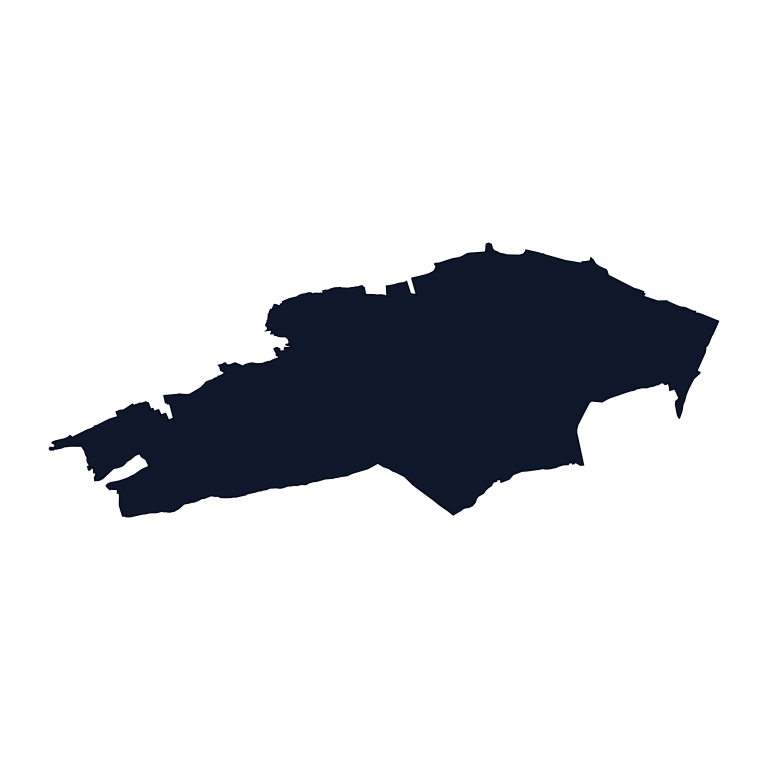 Poienesti, Vaslui, Romania (orthographic projection), rotated 93°
{"feature_id": "2599482B16648644353731", "entity_name": "Poienesti", "entity_type": "district", "adm_level": 2, "iso_a3": "ROU", "parent_name": "Romania", "parent_adm1": "Vaslui", "projection": "orthographic", "projection_center": [27.554, 46.58], "detail": "fine", "context": "isolated", "style": "filled", "palette": "ink", "viewbox_px": 768, "rotation_deg": 93, "n_neighbors": 0, "source": "geoboundaries", "source_scale": "gbopen_adm2", "svg_char_len": 6133}
<svg xmlns="http://www.w3.org/2000/svg" viewBox="0 0 768 768"><g transform="rotate(93 384 384)"><path d="M460.1,712.3L460.9,710.9L460.8,709.4L464.0,709.3L464.5,709.6L465.0,711.8L464.8,714.2L466.3,714.7L467.2,714.1L467.1,710.8L466.2,709.7L465.8,706.8L465.2,706.2L465.4,705.4L464.4,702.0L463.4,700.4L462.3,693.4L461.8,682.8L466.2,679.5L470.3,678.1L472.4,676.6L476.8,676.3L481.1,673.5L481.4,673.4L482.0,675.5L485.1,674.6L485.4,674.3L485.2,673.4L483.3,672.0L483.0,669.7L487.8,669.1L487.3,667.2L487.7,666.9L490.4,667.1L492.6,668.1L495.5,667.7L495.1,663.7L493.1,660.0L483.0,650.4L482.0,648.9L481.6,646.4L479.7,641.6L478.2,639.6L474.8,637.0L472.2,633.1L468.2,628.8L466.8,625.9L466.5,623.6L468.2,623.1L469.8,621.6L471.7,617.8L478.6,614.2L482.1,621.1L487.8,628.5L492.0,636.1L494.9,643.5L497.0,651.8L498.2,654.2L499.9,656.0L501.4,655.1L503.8,652.3L503.2,651.4L503.3,647.1L503.0,644.4L506.8,644.5L506.9,642.7L509.3,642.1L519.0,641.8L528.4,638.5L529.3,638.1L529.6,637.4L529.2,634.9L530.0,634.4L529.7,630.3L526.3,618.1L525.9,615.0L524.8,611.7L524.2,604.2L522.4,598.7L523.0,597.4L522.8,595.7L523.0,592.6L523.0,590.7L522.5,589.8L522.1,587.2L518.9,582.3L514.2,577.5L512.7,571.5L512.1,570.4L511.8,568.0L510.2,564.0L507.7,559.9L507.5,557.6L504.4,550.8L504.9,546.6L504.6,543.9L505.8,541.1L505.6,534.8L505.1,530.2L504.6,528.8L504.6,526.3L501.8,516.3L500.7,514.9L498.4,506.4L497.5,504.6L496.8,500.9L496.2,499.8L495.4,496.0L493.8,492.7L493.1,485.8L493.4,482.4L492.6,479.3L490.7,474.7L490.6,472.3L489.7,468.7L489.8,465.8L488.4,461.1L488.5,457.6L488.1,456.0L486.8,454.4L485.2,450.1L484.5,445.9L481.7,437.9L480.6,429.6L480.0,428.7L479.3,424.8L478.4,422.3L477.9,418.9L477.5,417.8L477.4,416.2L474.7,411.1L469.3,395.8L463.2,386.0L466.5,380.0L467.8,375.0L470.3,370.6L471.5,366.8L475.3,358.4L482.7,350.1L485.2,346.6L497.5,327.9L501.8,322.1L507.4,313.0L511.0,308.1L505.8,300.1L504.3,298.7L503.1,295.8L502.8,293.2L500.7,289.3L497.3,286.8L493.5,285.8L491.0,284.0L487.8,279.0L484.8,277.2L481.8,274.3L480.0,271.7L476.1,269.8L475.2,266.7L474.2,266.8L472.7,262.9L475.9,261.9L472.3,254.0L467.6,250.4L463.8,241.8L463.2,236.9L460.6,223.3L459.9,221.2L460.3,218.1L459.8,214.0L458.1,207.7L456.8,205.3L455.1,200.5L454.7,195.8L453.4,195.7L453.1,194.9L452.5,192.1L453.8,191.4L453.4,189.7L451.5,189.7L454.7,183.7L454.4,180.6L422.2,189.3L419.3,189.3L415.2,188.7L403.7,183.6L391.8,178.1L389.9,175.8L390.3,165.1L387.2,160.4L385.6,157.2L379.2,141.3L377.4,136.2L377.2,134.6L375.1,130.8L375.0,129.2L374.1,126.5L373.8,121.0L372.5,118.1L372.1,115.4L370.4,111.8L370.1,109.9L368.5,107.9L367.8,105.5L369.5,103.6L369.5,103.1L369.4,102.1L367.9,100.2L371.5,98.8L375.3,98.2L373.5,93.3L382.3,88.7L383.4,88.9L386.2,91.6L389.3,91.7L398.6,89.5L402.0,88.0L402.4,87.2L395.5,85.2L388.8,84.5L385.0,83.1L379.3,82.0L372.4,79.6L362.4,75.1L356.4,69.1L355.8,69.3L354.7,72.4L335.5,65.0L332.3,64.6L330.3,64.9L328.8,63.2L326.8,62.2L318.2,59.2L317.4,58.5L303.9,53.3L298.0,70.3L297.0,74.1L297.3,76.3L295.3,76.8L295.3,78.4L294.3,81.6L292.4,86.3L291.9,88.3L291.9,91.1L291.1,94.2L287.2,104.6L286.3,105.7L287.0,114.9L283.3,128.4L283.6,129.5L283.2,129.9L280.4,128.4L279.7,130.2L278.3,129.6L276.4,135.6L275.7,139.0L263.8,165.8L259.6,167.3L258.1,168.3L257.7,170.0L255.6,175.2L253.5,178.7L249.2,181.8L247.3,183.9L250.8,184.7L250.7,186.2L251.4,188.7L251.7,192.4L253.2,193.1L251.4,209.3L246.7,230.2L245.8,231.8L245.9,234.1L245.2,235.7L242.9,249.2L244.1,249.4L247.0,251.4L247.5,252.5L248.5,255.9L248.8,268.1L248.1,271.1L247.5,275.7L246.6,276.8L245.2,281.2L243.2,282.9L238.9,284.3L238.0,286.9L239.0,289.1L246.7,289.3L247.2,290.6L249.1,305.7L249.7,307.8L252.9,312.9L254.1,315.8L255.4,321.8L260.6,335.5L261.0,339.3L261.6,339.6L263.3,338.1L265.4,338.3L268.3,339.7L269.7,341.3L271.6,344.6L273.2,348.9L277.0,361.7L293.1,356.2L292.7,362.3L280.5,366.9L281.3,367.9L281.9,369.8L283.0,375.0L284.4,378.7L285.8,384.4L286.1,386.6L296.0,385.5L296.2,386.6L295.6,388.3L295.2,391.9L295.7,395.6L295.4,399.0L295.7,407.2L288.7,408.9L288.3,409.7L288.7,410.6L287.1,411.1L287.2,411.5L288.8,416.0L288.6,417.6L289.4,418.4L289.5,420.8L290.4,424.8L290.5,430.9L290.0,433.5L290.6,434.7L290.4,435.9L290.8,438.5L292.4,443.1L293.4,444.4L293.5,447.0L294.2,449.7L297.1,449.7L296.7,452.1L297.1,453.3L297.0,455.1L297.3,458.8L297.9,459.8L297.8,461.0L297.0,461.5L297.0,464.0L298.5,468.2L298.7,470.1L300.2,473.7L301.7,475.4L303.9,483.0L307.1,489.5L308.9,489.4L309.8,491.5L310.7,491.4L311.4,492.0L311.5,494.1L310.8,494.9L310.4,497.7L315.4,499.5L315.6,501.1L317.8,502.1L319.2,502.0L320.1,503.0L326.0,503.1L326.9,503.9L328.2,503.8L331.1,505.1L332.2,504.8L332.4,503.8L332.9,503.5L335.0,503.0L336.0,503.2L336.7,504.0L335.9,499.9L337.5,498.7L338.9,498.9L339.3,499.6L339.6,499.5L339.8,499.3L339.3,497.9L339.4,496.6L341.1,495.5L341.0,493.8L341.2,492.9L341.7,492.6L342.0,490.4L341.9,484.9L342.1,484.3L344.2,481.8L347.1,480.7L348.9,481.1L349.6,482.9L349.7,484.4L350.4,482.7L350.5,479.3L351.2,478.9L351.9,479.2L352.8,481.1L352.9,485.0L354.3,485.3L354.4,484.5L354.9,484.1L356.2,485.0L356.8,489.9L354.5,490.0L353.4,492.5L353.5,493.9L354.7,495.6L358.1,493.6L359.3,492.1L360.1,492.3L360.2,493.1L360.7,492.9L361.1,492.7L360.9,491.9L361.2,491.5L363.0,490.3L363.6,490.4L365.3,495.2L367.9,499.7L367.7,500.9L370.1,506.9L370.6,512.7L370.0,516.1L370.4,518.9L372.1,523.8L373.7,525.6L370.8,533.8L373.1,539.0L373.3,541.8L371.4,543.6L371.6,544.6L373.0,546.6L374.0,550.0L375.1,548.8L378.8,547.8L380.4,544.3L381.6,544.1L382.4,544.6L384.3,547.6L385.1,550.0L386.3,550.8L387.3,553.4L388.8,555.2L390.9,560.8L392.2,562.4L393.3,562.9L397.6,566.9L404.1,576.7L404.9,578.3L405.1,583.5L404.8,588.0L405.4,589.8L407.2,603.0L414.1,601.2L413.2,599.7L415.1,599.2L414.8,596.9L429.1,592.3L431.6,597.3L425.0,600.5L426.6,605.2L421.6,607.8L423.4,612.4L420.7,613.5L421.6,615.8L415.3,618.4L414.5,621.3L415.2,622.2L415.4,623.4L416.2,623.3L416.0,626.3L416.3,627.4L417.5,629.8L417.7,631.0L418.8,632.5L417.4,634.1L423.4,642.1L424.0,643.9L424.1,646.1L425.9,649.9L430.7,647.8L431.0,648.3L431.1,649.4L433.6,656.1L440.7,668.8L441.1,670.6L441.9,670.9L444.0,673.9L445.5,677.9L453.9,692.7L452.0,694.7L453.8,696.7L455.5,699.8L458.0,708.6L459.3,711.8L460.1,712.3Z" fill="#0f172a" stroke="#020617" stroke-width="1.5"/></g></svg>